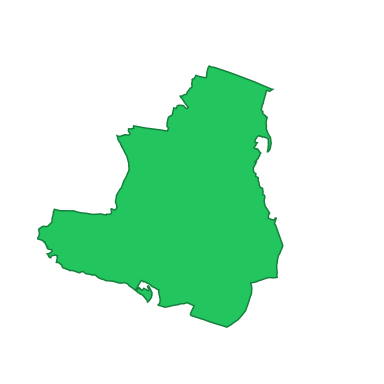 the district of Valea Ursului, Neamt, Romania, rotated 119°
{"feature_id": "2599482B92713698474517", "entity_name": "Valea Ursului", "entity_type": "district", "adm_level": 2, "iso_a3": "ROU", "parent_name": "Romania", "parent_adm1": "Neamt", "projection": "orthographic", "projection_center": [27.085, 46.792], "detail": "fine", "context": "isolated", "style": "filled", "palette": "green", "viewbox_px": 384, "rotation_deg": 119, "n_neighbors": 0, "source": "geoboundaries", "source_scale": "gbopen_adm2", "svg_char_len": 6093}
<svg xmlns="http://www.w3.org/2000/svg" viewBox="0 0 384 384"><g transform="rotate(119 192 192)"><path d="M298.0,120.6L296.7,112.1L296.5,111.6L295.6,106.8L294.1,100.4L293.3,96.0L288.5,93.2L285.7,92.1L284.0,91.1L281.3,89.8L275.9,88.6L269.8,87.6L260.1,89.2L257.1,90.0L252.1,90.7L247.1,93.1L245.8,94.2L245.2,94.4L243.2,96.7L240.7,93.6L239.2,92.1L236.7,90.1L236.0,89.3L231.5,85.4L229.7,83.6L227.3,78.6L225.4,76.1L224.9,76.7L223.2,77.7L221.6,78.2L220.5,78.9L216.4,81.7L214.4,82.7L212.2,83.3L209.4,84.6L205.5,85.6L203.6,85.4L199.3,86.0L197.8,86.0L194.8,86.6L181.1,102.1L180.1,103.4L179.8,104.6L174.1,105.6L174.3,106.5L174.7,106.6L176.1,106.4L176.6,106.7L177.1,107.6L177.5,109.0L177.9,112.6L174.0,114.3L173.8,114.2L173.5,113.7L172.8,113.8L168.7,121.6L167.3,122.5L165.9,123.9L164.0,125.0L162.3,125.4L160.5,126.2L159.9,126.9L159.7,127.7L159.7,128.9L159.6,129.2L157.4,129.8L156.4,130.8L154.7,132.0L154.5,132.4L154.9,134.4L153.6,136.3L150.8,138.4L150.5,139.0L150.4,139.5L150.1,139.7L147.9,140.6L147.3,141.1L147.6,143.9L145.1,144.9L145.0,145.2L145.0,146.5L144.5,147.6L143.9,148.3L141.8,149.7L141.0,150.1L139.2,150.0L138.5,150.2L137.3,150.1L136.1,149.9L135.5,150.2L135.7,150.9L134.8,151.6L134.1,151.4L133.8,150.5L133.5,150.8L132.9,151.0L131.5,150.9L131.1,150.5L130.4,150.3L128.9,150.8L127.5,150.4L125.8,151.0L124.9,150.8L125.0,151.2L124.4,151.4L124.4,152.2L124.0,152.4L122.6,155.4L122.6,155.6L123.3,155.7L123.3,156.1L123.0,156.9L123.4,157.7L123.5,158.7L123.4,159.2L117.2,158.8L118.0,160.7L117.2,161.5L116.5,161.8L115.0,162.0L111.5,161.6L110.9,161.3L110.1,160.4L110.1,160.1L110.4,159.8L109.9,159.3L109.9,158.7L109.7,158.5L109.8,158.2L109.6,157.2L109.8,157.0L109.3,156.7L108.8,155.3L108.9,154.8L108.5,152.8L108.8,151.1L109.0,150.7L112.7,148.7L114.0,147.7L115.2,147.4L118.2,146.1L118.7,146.1L120.3,145.6L120.2,145.2L117.7,144.5L115.7,144.8L111.0,146.4L106.7,149.5L106.2,150.0L104.3,153.5L100.4,158.1L99.0,158.4L95.8,160.6L94.3,161.3L92.5,161.9L90.2,162.4L90.4,164.1L90.1,164.1L89.8,164.3L89.1,168.4L88.7,168.6L87.6,168.7L87.2,169.4L86.8,170.9L86.4,171.3L82.4,172.5L79.2,172.8L78.5,173.3L69.8,175.3L67.4,176.2L66.8,175.8L66.7,174.4L66.1,172.8L63.1,171.2L63.5,172.3L65.4,191.0L69.1,216.0L72.2,233.0L73.5,236.1L73.4,238.0L75.7,238.1L80.0,237.0L83.7,235.4L85.4,235.1L87.4,241.5L87.9,244.4L88.1,245.1L91.8,245.0L92.7,246.1L93.8,246.4L94.7,245.5L96.5,245.1L97.9,244.4L99.2,243.4L100.0,243.0L101.2,243.1L102.1,244.0L102.4,244.0L104.1,244.1L106.5,244.6L108.8,244.1L109.2,244.3L110.0,245.2L112.0,246.9L113.0,247.0L113.3,247.6L113.5,248.6L113.8,248.8L114.2,248.5L114.6,247.9L115.1,245.8L115.8,244.8L117.9,240.6L119.8,236.3L120.2,236.6L121.7,237.0L121.6,238.6L120.8,240.6L120.7,241.3L121.0,242.6L122.2,245.0L123.3,246.4L123.8,246.6L126.7,246.3L127.2,248.7L134.2,246.7L135.3,247.2L136.1,247.9L137.6,248.7L138.9,248.7L143.5,247.3L144.7,246.5L146.4,246.0L146.7,245.7L147.5,243.5L150.6,243.1L153.0,249.6L158.5,263.5L160.1,268.1L162.4,275.1L164.4,274.4L164.7,273.9L166.5,276.0L167.5,278.1L169.7,277.1L170.8,274.6L171.3,274.4L172.6,274.8L173.0,275.1L174.6,278.8L175.0,278.7L175.3,278.9L176.2,280.2L177.6,281.2L178.3,282.0L179.0,283.5L179.1,284.8L182.7,281.2L183.8,278.8L184.7,277.3L185.3,277.1L185.5,276.6L185.5,276.0L186.8,275.1L186.8,274.4L191.2,268.2L192.1,266.5L197.7,261.1L200.2,259.8L200.8,259.1L201.8,258.5L204.3,257.5L207.1,257.4L209.8,256.9L215.6,257.0L221.6,255.9L222.9,255.9L224.9,256.3L231.2,256.4L232.4,256.1L234.4,255.1L236.3,254.8L238.0,253.9L238.5,253.7L238.6,253.1L239.1,252.4L241.6,250.3L244.6,250.2L245.1,250.7L245.8,254.5L246.5,254.3L248.8,252.4L250.5,252.3L251.7,253.7L252.9,256.0L253.7,256.0L254.6,258.4L255.2,260.7L259.9,268.2L260.4,270.0L261.1,271.5L261.7,273.7L263.7,278.2L265.1,282.5L265.7,285.9L266.3,287.2L268.0,290.0L269.0,292.2L271.7,297.1L272.6,299.3L273.5,302.3L273.8,304.0L277.3,303.4L278.1,302.7L283.1,301.5L285.3,300.2L286.9,300.0L287.7,300.4L291.9,301.6L292.8,302.4L293.7,304.8L294.2,305.6L295.1,306.3L298.3,307.9L299.3,307.9L301.7,305.6L304.3,304.6L307.0,304.6L307.8,304.2L306.9,299.8L306.9,299.0L307.2,298.2L307.1,296.8L307.9,297.4L307.3,296.2L308.3,295.4L308.5,294.6L309.0,294.2L309.3,293.3L310.2,292.7L309.8,291.7L311.2,291.5L311.3,291.0L311.6,290.7L311.6,290.0L310.7,287.2L310.6,286.4L311.6,285.7L313.3,286.1L314.2,286.8L315.0,287.0L316.3,288.6L316.7,287.3L317.3,286.9L318.1,285.5L318.3,284.2L317.8,283.6L316.8,284.1L316.3,284.0L315.3,283.3L315.0,282.7L313.7,281.4L313.4,281.3L313.1,278.7L313.9,278.7L314.8,278.0L315.8,277.5L317.4,277.2L318.7,276.6L319.3,276.6L319.3,276.2L318.6,275.0L318.4,274.2L318.5,273.3L318.8,272.7L318.8,271.0L319.1,270.4L320.1,269.6L320.9,267.9L320.4,265.8L320.3,264.4L320.1,263.8L319.9,262.5L320.0,260.8L319.0,259.3L318.6,258.3L318.5,257.5L318.2,257.0L317.5,252.0L316.9,250.9L315.6,250.4L314.7,248.8L314.4,248.0L314.5,247.2L315.0,245.6L314.2,243.0L313.4,241.2L313.2,239.5L312.0,237.3L311.6,236.4L311.6,235.6L312.0,234.5L312.0,233.7L312.4,232.1L312.1,230.5L312.2,229.7L311.4,226.6L311.3,224.4L308.9,219.2L307.8,215.9L307.2,212.7L306.3,210.1L304.2,207.4L303.7,206.1L303.6,204.1L303.9,202.5L304.3,201.9L304.7,200.5L304.6,199.0L306.3,188.6L306.1,185.4L306.9,182.9L308.4,179.1L309.0,178.2L309.8,177.6L308.6,176.9L307.0,176.8L306.7,176.5L303.6,176.5L302.5,177.0L301.4,177.1L301.3,177.7L300.2,177.8L299.2,178.3L298.8,179.3L297.7,180.5L297.0,182.0L296.5,182.2L295.4,184.3L295.3,184.8L295.5,184.9L296.4,184.9L297.3,183.7L297.8,182.4L299.3,181.9L299.6,182.0L299.7,182.9L299.4,184.4L299.7,186.4L299.6,187.4L301.6,187.8L302.3,188.1L302.3,188.7L301.5,190.7L301.7,191.0L301.4,191.5L301.4,192.1L303.0,192.3L303.5,192.7L304.8,192.8L304.6,193.8L300.4,193.6L300.1,193.9L299.4,193.7L295.2,193.6L293.8,193.3L293.9,191.6L294.2,191.1L293.2,189.5L293.5,186.8L293.1,185.9L293.3,184.4L293.4,183.4L293.6,183.0L294.0,181.3L293.8,178.0L294.0,174.9L293.6,173.5L295.0,173.2L301.5,167.6L304.8,166.3L307.2,166.9L307.3,166.2L306.6,163.9L306.0,160.0L303.7,157.1L300.5,153.7L297.0,149.2L295.2,147.7L294.3,146.0L293.2,144.5L291.2,142.7L290.5,135.0L299.0,134.4L299.5,133.9L300.3,133.7L300.4,132.3L298.7,123.9L298.7,123.4L298.0,120.6Z" fill="#22c55e" stroke="#15803d" stroke-width="1.5"/></g></svg>